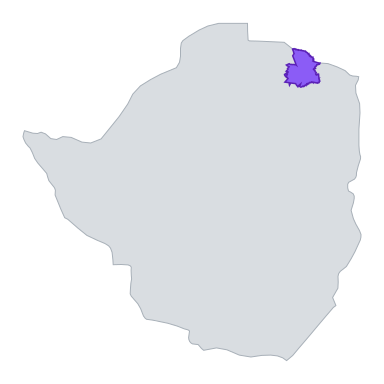 location of Mount Darwin, Mashonaland Central, Zimbabwe
{"feature_id": "62879985B29850987700829", "entity_name": "Mount Darwin", "entity_type": "district", "adm_level": 2, "iso_a3": "ZWE", "parent_name": "Zimbabwe", "parent_adm1": "Mashonaland Central", "projection": "robinson", "projection_center": [31.728, -16.538], "detail": "fine", "context": "in_parent", "style": "filled", "palette": "violet", "viewbox_px": 384, "rotation_deg": 0, "n_neighbors": 0, "source": "geoboundaries", "source_scale": "gbopen_adm2", "svg_char_len": 6497}
<svg xmlns="http://www.w3.org/2000/svg" viewBox="0 0 384 384"><path d="M286.6,360.6L282.7,357.8L277.4,355.9L270.6,355.1L261.8,355.4L250.9,357.0L239.3,355.1L226.9,349.8L216.5,347.9L204.2,350.2L203.7,350.3L201.5,348.5L198.2,344.6L192.5,343.9L191.0,343.0L189.7,341.5L188.9,339.6L188.6,337.6L189.5,331.2L189.0,330.4L187.5,329.7L184.4,328.9L177.0,326.0L167.6,323.2L152.5,320.1L146.6,319.3L145.2,318.3L143.5,316.0L140.6,308.6L137.8,303.7L131.3,296.2L130.2,293.9L130.5,287.9L130.9,283.1L131.6,279.0L131.3,275.2L131.1,270.4L131.3,267.3L130.4,265.9L128.1,264.9L121.3,264.5L113.2,264.7L112.9,259.8L112.1,252.4L110.5,248.1L108.6,245.8L104.9,243.5L97.3,240.3L86.9,235.4L78.0,228.2L67.8,219.3L64.7,217.7L60.9,209.3L55.1,195.0L55.4,190.2L54.5,187.8L48.9,180.7L47.7,177.1L46.7,173.4L37.8,163.0L34.7,158.5L32.4,152.7L30.1,148.1L28.2,146.2L25.6,143.0L23.9,139.4L23.0,136.7L23.7,133.1L24.5,130.7L32.9,133.2L37.5,133.5L41.1,132.2L45.5,133.9L50.8,138.6L56.6,139.5L62.8,136.6L71.2,137.4L81.9,142.1L90.7,143.0L101.1,138.9L110.4,127.4L119.1,116.6L127.7,104.1L132.8,94.1L140.4,85.9L150.5,79.6L160.7,74.2L176.4,67.7L179.5,62.3L180.5,56.4L180.5,48.3L181.3,43.0L182.9,40.6L185.5,38.7L188.9,36.2L199.2,30.0L207.9,26.0L218.5,23.4L230.0,23.4L241.2,23.4L247.5,23.4L247.6,31.2L248.1,40.1L249.4,40.9L257.7,41.1L271.2,41.7L284.2,42.3L292.4,48.8L295.2,50.1L303.8,51.9L314.8,62.6L328.0,63.6L337.1,66.9L345.1,70.6L349.7,75.0L352.7,76.0L356.7,76.3L358.7,76.7L358.2,79.9L355.5,85.3L355.9,93.0L359.6,103.6L360.0,112.9L358.9,129.3L358.9,145.1L359.3,150.8L359.9,154.5L360.6,156.6L360.5,158.9L358.3,165.6L356.5,172.6L356.4,175.4L355.8,177.3L354.5,179.1L348.7,182.3L347.7,184.3L347.7,187.9L348.5,191.0L350.6,192.1L353.2,193.8L354.2,196.1L354.2,198.5L353.4,202.9L351.1,210.3L353.4,218.7L355.9,224.2L359.5,230.6L361.0,234.5L360.9,237.3L360.3,240.0L355.0,251.6L351.1,258.8L346.4,266.5L340.2,271.4L338.6,273.7L338.0,276.4L338.2,282.1L337.9,288.2L332.6,297.5L335.9,305.5L335.1,306.2L333.4,307.4L325.7,316.4L318.0,325.5L312.4,332.2L306.0,339.8L298.8,348.2L292.7,355.5L286.6,360.6Z" fill="#d9dde1" stroke="#a8b0b8" stroke-width="1"/><path d="M290.7,83.0L295.6,83.6L296.6,85.3L296.8,85.3L297.2,85.8L297.2,86.0L297.9,86.8L298.6,85.6L300.6,83.9L299.7,86.5L300.9,87.2L301.9,86.7L302.0,86.7L302.3,86.6L302.7,86.6L302.8,86.6L303.0,86.6L303.1,86.4L303.2,86.5L303.6,86.4L303.6,86.6L303.8,86.6L304.0,86.3L304.0,86.2L303.9,86.1L304.2,86.1L304.4,86.1L304.5,86.0L304.5,85.9L304.5,85.7L304.7,85.4L304.9,85.4L305.1,85.5L305.2,85.4L305.4,85.4L305.6,85.3L305.7,85.1L306.0,85.3L306.0,85.1L306.4,84.9L306.5,85.0L306.7,84.9L306.6,84.7L306.8,84.3L306.6,84.2L306.7,83.8L306.8,83.8L306.8,83.7L307.0,83.6L307.1,83.8L307.3,83.9L307.4,83.7L307.7,83.7L307.7,83.8L307.9,84.1L308.3,83.5L308.5,83.6L308.5,83.4L308.8,83.4L308.8,83.2L309.1,83.2L309.7,82.4L309.8,82.4L310.0,82.7L310.2,82.8L310.4,82.8L310.4,82.6L310.5,82.6L311.3,82.4L311.3,82.2L311.5,82.2L311.7,82.3L311.8,82.3L311.8,82.0L312.2,82.1L312.2,82.4L312.2,82.5L312.3,82.5L312.4,82.3L312.5,82.4L312.8,82.5L313.1,82.3L313.3,82.5L313.6,82.4L313.9,82.4L313.9,82.5L314.0,82.4L314.3,82.6L314.9,82.5L315.5,82.7L315.8,82.7L315.9,82.9L316.2,83.0L316.5,82.8L317.2,82.9L317.3,83.0L317.4,82.9L317.5,83.1L318.4,82.8L318.7,82.8L318.9,82.5L319.1,82.5L319.2,82.4L319.2,81.6L319.7,81.2L319.4,81.0L319.6,80.7L319.6,80.4L319.6,80.2L319.5,79.9L319.4,80.0L319.3,79.9L319.4,79.7L319.0,79.2L318.9,78.7L319.0,78.5L318.9,78.3L319.0,78.2L318.9,78.2L318.6,74.5L318.1,74.7L317.9,74.0L317.4,74.3L317.1,74.6L316.5,74.9L316.4,74.6L315.9,74.6L315.7,74.0L315.9,73.9L315.9,73.4L316.3,72.7L315.8,72.1L315.6,71.9L315.2,71.8L315.1,71.6L315.0,71.3L315.0,71.2L315.0,70.9L315.0,70.7L314.9,70.7L314.4,70.1L313.7,69.7L313.4,69.2L313.5,69.0L314.0,68.9L314.0,68.7L314.3,68.4L314.9,68.4L315.2,68.6L315.3,68.6L315.4,68.3L315.6,68.3L315.6,68.2L315.1,68.0L314.9,67.9L314.7,67.6L315.0,67.2L315.2,66.5L316.0,66.2L316.3,66.1L316.5,65.8L316.4,65.5L316.5,65.4L316.6,65.2L316.8,65.1L316.8,64.8L316.8,64.6L317.1,64.5L317.7,64.6L318.0,64.6L318.5,64.5L318.9,64.4L319.1,64.3L319.3,64.2L319.5,64.2L319.8,63.8L320.0,63.1L319.1,63.1L313.7,61.5L313.6,61.3L313.6,61.0L313.4,61.0L313.5,60.9L313.3,60.7L313.5,60.6L313.6,60.4L313.6,60.1L313.5,59.7L313.7,59.8L313.7,59.6L313.5,59.4L313.4,59.4L313.5,59.2L313.2,59.2L313.3,59.0L313.3,58.9L313.2,58.6L313.3,58.5L313.3,58.3L313.1,58.1L313.1,57.9L313.0,57.7L312.9,57.9L312.7,57.4L312.4,57.3L312.4,57.5L312.1,57.5L312.0,57.4L312.2,57.2L311.9,57.2L311.7,57.1L311.6,56.9L311.4,56.9L311.1,56.5L310.9,56.6L310.7,56.4L310.8,56.3L310.7,56.2L310.6,56.3L310.4,56.3L310.4,56.1L310.2,56.2L310.1,56.4L309.9,56.2L310.1,56.0L309.9,55.9L310.0,55.7L309.8,55.7L309.7,55.4L309.5,55.5L309.3,55.5L309.3,55.3L309.7,55.1L309.3,54.8L309.3,54.7L309.1,54.5L308.9,54.4L308.9,54.2L308.8,54.3L308.5,54.3L308.5,54.2L308.6,53.8L308.5,53.7L308.2,53.8L308.1,53.6L307.9,53.6L307.8,53.4L307.9,53.2L307.7,53.0L307.4,52.7L307.1,52.5L306.9,52.6L306.7,52.4L306.2,52.2L305.9,52.0L306.0,51.8L306.0,51.6L305.8,51.4L305.7,51.6L305.5,51.4L305.3,51.4L305.2,51.1L304.7,51.1L304.4,51.0L304.2,51.0L304.0,50.9L303.8,50.9L303.5,50.9L303.4,50.8L302.9,50.6L302.5,50.6L302.2,50.8L301.6,50.5L301.5,50.2L301.2,50.0L300.9,50.1L300.6,50.4L300.1,50.2L299.8,50.0L299.4,50.1L299.0,50.0L298.5,50.3L298.3,50.3L298.2,50.1L298.2,49.8L297.9,49.9L297.5,49.8L297.3,49.8L297.2,49.8L297.2,49.6L296.6,49.6L296.4,49.3L296.0,49.5L295.6,49.6L295.2,48.9L295.0,49.0L294.7,48.9L294.5,49.0L294.3,48.8L294.0,49.1L293.8,48.9L293.6,49.1L293.6,48.9L293.2,48.8L292.7,48.9L292.5,49.1L292.7,49.4L292.8,49.8L292.9,50.3L293.2,50.7L293.3,51.3L293.6,51.9L293.7,52.8L293.9,53.3L294.1,53.6L292.7,55.8L295.7,63.6L295.6,63.9L296.2,65.1L295.6,64.7L295.1,64.7L294.4,64.7L294.0,64.5L293.0,64.5L292.7,64.6L292.4,64.6L291.9,64.4L291.6,64.5L291.4,64.4L291.1,64.4L291.0,64.5L290.2,64.4L289.2,63.7L286.4,65.0L286.8,65.3L286.9,65.6L287.1,65.6L287.4,65.8L287.6,66.0L288.1,66.2L288.3,66.4L288.5,66.5L288.9,66.6L289.1,66.8L287.5,68.5L288.0,69.2L286.4,71.0L286.5,71.0L286.6,71.4L286.6,71.6L286.8,71.5L287.0,71.7L287.6,71.7L287.6,71.8L288.0,72.0L287.8,72.4L287.6,72.7L287.7,72.8L286.8,73.6L287.4,74.6L287.0,75.1L286.1,73.5L284.5,74.4L284.6,75.0L284.9,75.2L284.9,75.3L284.9,75.5L285.0,75.7L285.3,75.7L285.4,75.8L285.3,76.1L285.5,76.3L285.6,76.1L285.8,76.3L285.8,76.5L286.0,76.7L286.3,76.5L286.3,76.4L286.6,76.4L286.6,76.6L286.5,76.8L286.2,77.1L286.4,77.4L286.8,77.2L286.9,77.4L287.5,77.6L287.6,78.0L287.7,78.3L288.0,78.6L286.3,80.5L284.9,82.1L290.1,82.9L289.2,84.0L289.5,85.2L290.7,83.0Z" fill="#8b5cf6" stroke="#5b21b6" stroke-width="1.5"/></svg>